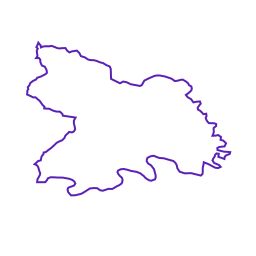 Assaí, Paraná, Brazil (Equal Earth projection), rotated 277°
{"feature_id": "56859067B40510282315364", "entity_name": "Assaí", "entity_type": "district", "adm_level": 2, "iso_a3": "BRA", "parent_name": "Brazil", "parent_adm1": "Paraná", "projection": "equal_earth", "projection_center": [-50.881, -23.418], "detail": "fine", "context": "isolated", "style": "outline", "palette": "violet", "viewbox_px": 256, "rotation_deg": 277, "n_neighbors": 0, "source": "geoboundaries", "source_scale": "gbopen_adm2", "svg_char_len": 3261}
<svg xmlns="http://www.w3.org/2000/svg" viewBox="0 0 256 256"><g transform="rotate(277 128 128)"><path d="M197.1,27.2L195.8,28.8L193.6,28.0L190.7,28.7L188.4,29.4L186.2,28.3L186.6,31.1L185.1,32.6L182.7,33.0L179.5,34.9L178.7,38.0L175.4,40.2L172.9,40.8L171.4,39.6L169.6,36.9L168.4,35.2L166.8,31.7L165.0,30.9L163.1,27.9L160.5,25.4L158.5,25.0L156.3,23.6L154.5,24.3L153.0,23.6L148.9,23.8L148.0,26.9L146.8,30.2L147.2,32.5L145.7,34.6L144.0,37.2L142.0,39.0L140.5,40.3L139.0,42.5L137.2,42.4L137.3,45.1L137.5,47.5L136.1,51.5L135.6,54.6L135.9,58.5L133.9,61.2L132.3,61.8L132.0,74.7L128.7,73.4L126.0,73.7L123.5,74.7L120.3,75.7L117.9,74.7L116.8,72.9L116.9,70.0L115.4,69.0L113.9,67.6L112.1,66.5L110.4,66.2L107.8,64.1L106.4,61.6L104.6,59.0L102.6,57.4L101.0,56.1L98.4,53.8L96.7,51.9L94.2,49.5L93.4,47.3L91.6,47.2L89.5,45.8L87.5,45.5L85.3,45.4L84.1,42.6L82.4,41.3L80.7,39.7L80.0,42.0L78.3,43.6L74.1,45.4L72.4,46.4L70.4,46.2L66.0,44.4L63.1,44.4L64.1,52.4L66.5,54.0L68.3,54.6L69.7,57.3L70.0,60.3L70.2,63.6L70.8,69.4L70.4,76.1L69.6,79.2L68.3,81.3L66.4,82.5L64.3,81.4L61.5,76.0L59.6,75.5L57.1,76.4L54.2,79.6L54.8,83.8L55.8,86.5L57.1,89.8L59.4,92.8L63.3,97.5L64.2,101.2L64.5,104.8L62.8,107.9L62.7,110.7L65.2,115.9L65.6,119.9L68.8,124.0L70.0,126.0L72.1,128.4L73.9,128.9L76.0,128.9L77.9,128.0L79.5,125.7L81.1,124.0L83.0,122.9L84.6,123.4L86.1,125.7L86.8,128.7L86.5,132.3L85.8,136.1L85.5,142.1L84.5,145.7L82.0,149.9L80.7,151.2L79.7,153.0L78.7,155.3L78.5,157.6L80.4,161.1L82.5,161.5L84.7,161.1L87.9,159.8L90.3,158.8L93.7,155.5L95.2,152.3L97.3,150.6L99.0,150.5L100.8,151.0L102.7,153.9L103.6,157.0L102.6,160.3L102.1,162.8L102.3,167.3L101.6,171.4L100.8,177.0L99.2,179.3L97.0,180.9L93.9,182.0L90.9,184.6L89.9,190.0L90.6,194.2L90.9,196.5L90.4,199.8L90.0,203.4L89.7,206.1L91.4,207.5L93.1,207.6L96.9,207.1L98.6,207.1L100.4,207.4L103.2,207.4L102.0,212.1L100.4,216.2L99.2,219.4L99.2,222.3L100.7,224.7L102.3,222.9L103.8,217.8L106.1,215.8L108.5,216.5L110.1,217.5L111.9,217.7L113.5,218.9L113.5,221.2L110.4,221.2L109.7,224.5L109.0,227.5L111.2,227.5L112.8,228.7L114.6,232.1L116.5,232.4L116.4,228.8L116.2,226.3L116.6,222.8L117.1,219.5L119.0,219.1L120.3,220.9L121.5,226.1L124.8,227.2L127.1,224.1L127.6,221.3L130.4,221.4L132.0,218.4L131.1,215.9L130.6,212.8L132.7,213.4L134.5,213.7L136.1,213.3L138.4,213.0L140.7,215.2L142.6,215.1L143.2,213.0L143.0,210.8L142.7,207.7L144.0,206.1L145.8,204.7L147.6,203.9L149.4,204.5L151.7,203.9L150.9,201.2L152.4,199.5L153.9,197.5L154.8,195.2L156.6,194.7L158.9,195.8L161.0,197.2L163.1,196.2L162.5,193.0L161.4,189.8L164.3,187.1L165.8,183.5L167.9,181.4L170.1,183.9L171.6,185.1L173.0,186.3L175.1,186.5L177.0,185.8L177.9,183.4L179.7,182.2L181.2,179.9L182.7,176.4L182.1,174.0L181.1,171.9L180.3,168.7L182.2,165.4L183.0,161.6L183.6,158.8L184.0,153.0L183.6,150.0L182.8,147.7L180.0,142.9L177.0,138.4L172.3,136.5L171.2,134.8L171.8,125.3L173.3,120.9L173.5,117.6L171.4,114.6L174.7,105.2L184.5,103.7L186.8,102.4L187.8,98.8L189.4,95.3L189.8,92.1L190.9,88.1L191.1,85.2L190.8,82.3L191.1,80.1L192.9,76.4L193.6,72.5L196.6,70.5L198.6,67.8L197.9,65.6L197.2,63.0L195.9,60.6L197.4,58.1L199.7,56.2L199.2,52.6L198.6,50.6L198.7,48.0L199.5,45.0L200.2,42.3L199.4,39.4L199.1,36.3L198.5,33.7L197.4,31.8L199.2,31.3L201.8,28.6L199.2,28.0L197.1,27.2Z" fill="none" stroke="#5b21b6" stroke-width="2"/></g></svg>